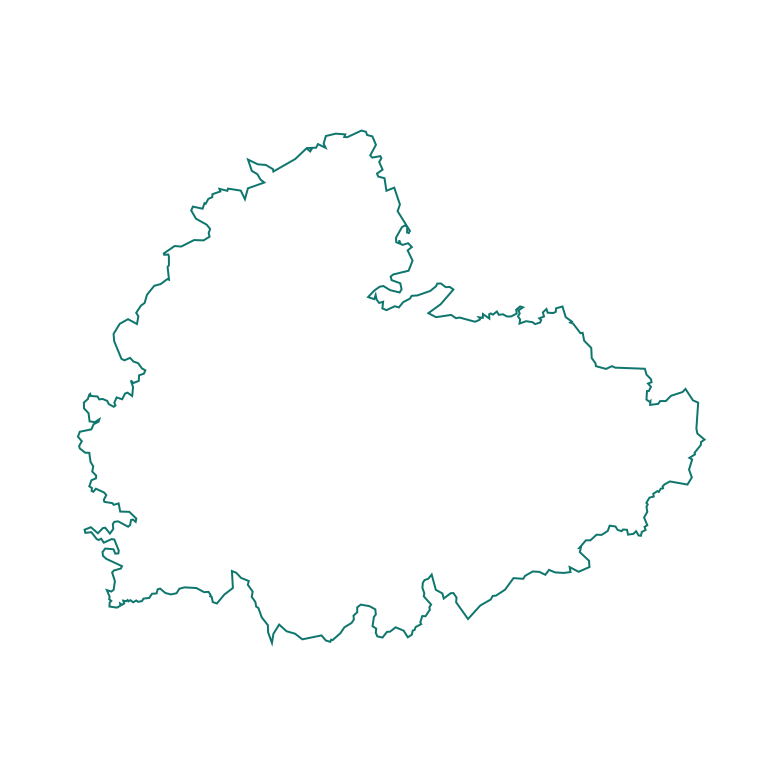 the district of Tehuitzingo, Puebla, Mexico, rotated 354°
{"feature_id": "50627088B27065813570202", "entity_name": "Tehuitzingo", "entity_type": "district", "adm_level": 2, "iso_a3": "MEX", "parent_name": "Mexico", "parent_adm1": "Puebla", "projection": "albers", "projection_center": [-98.326, 18.369], "detail": "fine", "context": "isolated", "style": "outline", "palette": "teal", "viewbox_px": 768, "rotation_deg": 354, "n_neighbors": 0, "source": "geoboundaries", "source_scale": "gbopen_adm2", "svg_char_len": 6093}
<svg xmlns="http://www.w3.org/2000/svg" viewBox="0 0 768 768"><g transform="rotate(354 384 384)"><path d="M371.6,131.7L362.2,130.0L352.1,131.3L349.1,138.7L350.6,143.0L343.4,138.5L341.2,141.9L334.6,141.5L336.5,142.9L334.9,145.0L331.6,141.5L319.2,151.0L296.2,161.1L296.0,158.7L289.3,153.8L281.4,152.3L272.2,146.6L274.8,158.2L280.0,162.1L282.5,167.7L286.0,171.1L269.1,175.2L265.0,185.7L261.8,176.7L249.3,173.4L248.4,175.5L240.7,172.7L241.4,175.4L233.2,177.3L232.7,180.3L228.7,181.5L225.5,186.1L224.4,185.4L221.9,190.7L212.5,187.6L210.4,191.3L214.3,200.0L224.3,207.0L227.3,211.7L225.4,215.5L225.9,219.3L219.6,222.3L210.2,221.0L196.7,226.1L190.2,224.9L178.7,231.1L178.9,232.5L183.0,232.7L183.4,234.7L182.5,243.5L181.0,245.0L181.1,257.8L179.5,257.0L172.3,261.3L165.8,262.3L157.6,270.5L154.4,278.4L150.4,280.7L145.0,287.3L146.8,291.0L144.6,298.5L136.2,292.8L127.5,296.5L120.3,305.9L120.1,313.1L125.5,331.5L128.3,333.3L134.2,331.5L137.3,335.6L141.6,337.5L144.9,343.2L148.1,345.5L146.2,348.7L141.4,349.7L140.4,355.3L134.9,356.8L132.6,354.0L134.1,361.0L132.3,369.6L128.0,365.8L125.4,366.5L122.0,371.8L116.7,369.4L113.8,374.6L114.7,377.3L112.8,378.4L108.1,375.1L107.0,371.9L102.7,369.5L99.1,369.5L97.8,366.5L91.0,365.2L90.8,363.1L89.9,363.6L87.9,368.0L83.6,371.1L83.1,376.9L87.1,382.1L87.3,390.4L92.5,391.7L97.2,389.3L96.2,391.6L91.1,393.6L88.2,398.5L76.5,399.7L74.1,404.4L77.5,409.3L74.3,413.8L74.7,416.3L79.6,421.1L83.7,421.6L84.0,430.7L86.2,435.6L84.7,440.6L88.2,445.1L87.7,447.7L83.0,449.1L80.2,455.0L82.6,456.8L82.1,459.9L83.7,460.8L86.5,458.0L94.3,462.7L96.2,465.4L93.2,470.0L93.6,472.0L101.4,474.1L102.6,475.9L107.6,475.0L108.3,483.3L117.3,484.5L123.6,491.9L122.6,495.1L120.2,492.6L118.3,492.7L116.7,497.8L114.6,499.2L105.2,492.8L101.4,492.9L99.7,494.9L99.6,499.9L95.8,504.1L91.7,497.8L89.4,497.9L83.8,502.5L77.5,495.8L71.0,497.6L71.4,500.8L77.5,500.8L82.1,508.2L83.9,509.3L86.5,508.3L88.8,512.5L96.8,509.8L99.5,510.4L102.8,522.0L102.1,524.7L99.0,524.6L97.7,520.1L89.6,518.5L86.5,521.7L86.5,525.5L89.6,528.9L104.4,537.8L103.0,540.0L96.0,541.2L93.9,543.0L95.8,551.9L93.6,560.4L91.1,561.9L86.8,560.0L88.9,566.8L88.2,569.4L90.1,571.2L88.3,572.7L87.7,576.6L95.0,578.5L98.7,576.9L98.6,574.7L100.5,576.2L102.7,575.1L102.0,572.2L105.0,573.1L106.4,572.1L107.1,573.4L109.2,572.5L111.7,574.9L115.0,573.4L116.6,574.9L120.6,574.6L122.4,572.3L128.2,572.2L131.3,568.4L135.9,568.5L137.5,564.5L140.0,564.1L144.7,569.0L150.1,571.0L155.8,570.4L159.1,566.2L164.3,565.4L176.1,567.3L183.3,572.2L187.8,572.4L189.6,575.9L188.9,576.9L190.4,577.9L190.9,583.0L194.9,584.8L203.2,576.7L212.4,571.1L213.2,554.1L217.3,556.3L221.6,561.9L228.9,565.8L227.6,569.5L231.7,576.7L230.2,581.9L233.3,587.4L233.6,592.0L235.7,593.7L238.0,603.3L243.3,611.7L242.8,618.9L245.5,629.8L247.9,620.9L254.6,612.3L261.2,619.7L269.4,623.0L276.1,629.4L295.6,627.5L299.3,633.0L303.7,634.8L304.7,632.8L306.1,633.3L314.6,627.3L319.2,621.8L326.7,618.3L329.4,615.1L329.5,611.2L333.5,608.2L334.0,603.4L337.8,601.0L346.3,603.4L351.8,607.2L351.8,612.3L349.6,614.7L347.3,623.7L350.7,626.4L349.8,630.6L351.0,634.3L356.0,636.0L361.0,630.9L364.2,630.9L370.2,627.2L377.8,631.4L381.2,638.4L385.5,636.2L386.8,632.2L388.6,631.9L390.1,629.0L395.9,626.7L395.2,624.7L397.8,618.8L401.0,619.3L406.0,613.3L405.8,610.7L407.8,608.3L401.4,599.4L402.2,596.3L400.9,590.8L401.8,585.8L403.8,583.3L407.7,582.3L411.5,578.5L414.0,594.1L420.2,598.4L421.0,603.6L428.5,599.0L431.2,599.2L433.8,604.0L432.9,608.6L443.0,626.5L456.7,614.3L467.6,609.5L470.0,606.1L473.2,606.2L482.9,601.2L492.5,590.6L502.1,592.3L504.3,589.5L512.4,586.0L518.9,587.1L524.5,590.6L528.7,586.1L534.3,589.2L543.1,590.7L549.8,590.5L549.5,585.5L557.9,591.1L569.2,587.5L569.4,581.2L561.2,571.7L562.7,567.2L561.3,567.3L568.4,560.6L573.0,561.0L579.6,556.1L584.7,556.8L591.2,553.5L593.6,548.5L599.3,549.9L601.1,553.5L604.9,555.2L606.6,553.7L610.4,554.4L611.0,559.3L616.4,559.1L619.3,556.8L621.5,561.3L623.7,561.8L624.9,558.1L628.9,556.5L628.2,553.3L631.1,552.0L628.7,543.9L632.5,538.7L632.2,533.6L633.7,531.3L632.5,529.6L636.1,524.8L640.5,524.1L640.3,521.3L644.8,519.1L646.0,520.1L648.2,517.1L650.6,516.9L650.4,514.9L652.5,513.2L658.1,510.8L675.3,515.7L680.4,509.1L678.4,501.0L682.6,491.3L680.0,489.4L685.9,486.5L685.7,484.8L692.7,477.8L693.3,474.8L697.0,472.8L690.5,466.1L690.0,461.1L694.5,435.4L689.5,432.5L683.3,420.4L680.1,423.2L668.3,425.7L662.5,430.4L656.8,429.8L654.7,432.4L646.5,432.6L647.2,428.8L646.3,429.5L643.4,426.9L644.8,418.5L646.6,418.7L649.2,414.7L646.6,411.1L650.3,410.2L650.0,407.1L646.1,402.2L645.0,396.1L615.6,391.9L612.6,390.1L606.4,392.2L596.6,388.4L596.5,385.5L593.3,379.9L593.9,369.8L587.6,361.9L586.9,353.9L584.7,354.0L578.3,343.6L575.7,342.4L577.3,341.5L571.7,336.5L569.6,325.6L563.1,326.7L562.3,330.2L559.8,331.1L554.2,330.2L553.4,326.4L549.5,329.4L550.2,333.6L545.3,334.9L547.0,336.8L545.7,339.2L540.5,340.2L538.1,338.0L531.8,336.4L525.1,338.1L526.1,334.0L524.3,330.7L526.3,328.1L525.5,324.9L530.2,322.3L527.5,321.1L523.3,323.9L523.3,327.8L517.6,330.1L513.4,329.7L509.5,327.1L505.4,327.2L503.8,323.7L499.6,326.4L497.5,325.0L495.9,325.7L495.6,329.9L489.7,324.8L489.2,328.5L485.4,327.6L486.6,329.2L485.7,330.2L481.0,331.6L466.1,325.8L462.5,326.1L458.0,322.3L442.8,323.0L435.5,318.2L448.7,310.6L462.9,297.3L459.5,294.3L455.6,294.2L451.1,290.0L447.5,289.7L445.9,292.3L439.7,296.3L426.5,299.4L420.7,299.2L418.7,301.8L411.6,304.6L406.8,309.4L402.8,307.8L394.2,310.8L390.3,308.6L391.7,302.1L387.7,302.9L385.5,299.4L385.0,294.6L383.2,298.6L377.3,295.9L384.0,290.1L389.9,286.8L393.6,286.5L399.9,291.3L409.1,294.6L411.4,291.6L410.7,285.5L402.4,281.5L401.9,277.8L404.7,276.0L420.3,273.9L425.3,264.3L421.5,253.6L426.0,250.7L422.7,246.5L417.1,247.6L415.2,246.5L414.2,242.7L413.5,245.6L411.0,244.3L411.2,239.8L418.3,229.8L421.6,228.5L423.5,230.2L422.8,235.7L424.3,236.5L425.8,234.5L415.6,213.6L418.6,207.1L414.7,189.8L406.6,192.1L406.0,179.4L400.0,177.1L399.4,175.4L399.1,173.9L405.0,170.7L402.4,162.7L405.0,159.2L404.1,157.0L396.0,157.6L394.2,155.2L401.0,145.3L398.3,136.5L393.2,134.6L392.4,131.3L388.1,129.6L373.2,134.7L370.3,134.2L371.6,131.7Z" fill="none" stroke="#0f766e" stroke-width="2"/></g></svg>